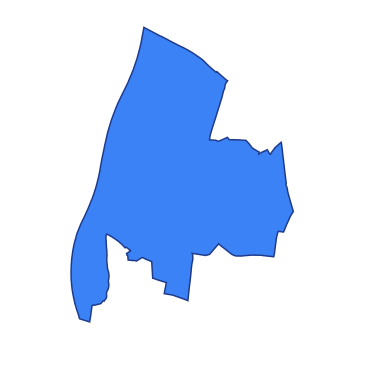 the district of Druten, Gelderland, Netherlands, rotated 283°
{"feature_id": "6326949B94625978297128", "entity_name": "Druten", "entity_type": "district", "adm_level": 2, "iso_a3": "NLD", "parent_name": "Netherlands", "parent_adm1": "Gelderland", "projection": "orthographic", "projection_center": [5.596, 51.869], "detail": "fine", "context": "isolated", "style": "filled", "palette": "blue", "viewbox_px": 384, "rotation_deg": 283, "n_neighbors": 0, "source": "geoboundaries", "source_scale": "gbopen_adm2", "svg_char_len": 5697}
<svg xmlns="http://www.w3.org/2000/svg" viewBox="0 0 384 384"><g transform="rotate(283 192 192)"><path d="M341.6,108.1L338.0,108.3L331.9,108.5L326.1,108.8L324.9,108.8L322.5,108.8L317.1,108.7L312.0,108.5L309.5,108.4L306.5,108.1L298.2,107.3L296.0,106.9L293.3,106.5L287.0,105.4L284.3,105.0L276.1,103.1L271.8,102.1L268.5,101.3L265.2,100.6L263.7,100.2L261.3,99.7L259.8,99.5L256.9,99.0L249.9,98.0L244.2,97.3L231.1,96.4L217.9,96.5L213.7,96.6L203.6,96.8L199.0,97.0L192.4,97.4L189.4,97.5L186.5,97.6L181.9,97.5L179.3,97.5L174.7,97.3L170.7,97.0L167.2,96.7L163.1,96.2L160.3,95.7L152.1,94.4L145.2,93.0L135.5,90.8L131.6,90.2L125.2,89.2L124.8,89.2L123.0,89.1L121.4,89.1L116.3,88.9L112.5,88.9L110.2,89.0L109.0,89.0L99.1,89.9L95.2,90.6L93.2,90.9L90.6,91.4L87.0,92.1L79.3,94.0L75.8,95.2L74.0,95.7L71.4,96.7L68.6,97.7L64.5,99.5L62.2,100.5L58.7,102.2L57.3,102.8L53.4,105.0L52.0,105.8L46.6,109.1L43.8,110.6L43.2,111.0L42.4,121.5L48.6,121.1L48.8,121.1L51.2,120.8L53.1,120.7L54.3,120.5L55.2,120.5L58.2,120.2L58.7,120.1L59.0,120.4L59.8,121.7L59.7,122.3L60.0,123.0L61.8,126.4L62.0,127.0L62.4,127.7L62.6,128.0L62.8,128.3L64.8,129.3L65.4,129.7L66.0,130.0L66.0,131.0L66.5,131.1L67.3,131.4L68.8,132.2L69.2,132.3L69.9,132.4L70.2,132.4L71.5,132.2L73.6,131.6L75.1,131.3L75.5,131.4L75.9,131.4L77.7,132.0L78.2,132.1L78.8,132.1L79.5,132.2L80.3,132.2L80.6,132.1L81.3,132.1L83.4,131.7L84.1,131.5L84.4,131.4L85.6,130.8L86.0,130.7L86.3,130.6L87.3,130.5L88.4,130.4L89.8,130.3L90.3,130.3L91.5,130.0L93.7,129.3L94.6,129.0L95.4,128.6L96.7,127.8L98.2,127.0L99.3,126.6L100.1,126.3L102.0,125.8L103.3,125.3L106.3,124.3L108.0,123.9L108.8,123.8L109.1,123.7L110.9,123.5L111.5,123.3L113.3,122.8L115.3,122.3L117.4,121.6L118.8,121.1L120.6,120.6L122.0,120.2L124.1,119.6L124.6,119.5L126.1,119.0L127.3,118.6L129.1,118.2L129.7,118.1L130.0,118.1L130.4,118.1L131.0,118.3L131.6,118.3L131.8,118.4L131.6,119.2L131.5,119.7L131.0,121.7L130.6,122.8L130.3,123.9L129.2,127.0L127.7,130.6L127.5,131.1L125.2,135.5L125.0,135.9L123.4,138.1L122.6,139.3L123.3,139.6L123.3,140.1L122.7,142.2L122.5,142.5L121.5,144.5L121.4,144.5L121.0,145.2L120.5,144.5L120.2,144.7L119.1,143.8L118.6,143.4L117.4,142.0L116.8,142.5L116.5,142.6L116.2,142.8L115.9,142.8L115.7,143.0L115.9,143.4L115.7,143.5L115.1,143.8L114.5,144.1L113.8,144.3L111.3,145.1L111.4,145.7L111.6,147.2L111.9,150.0L112.2,150.1L112.3,150.3L112.3,153.5L115.3,156.5L116.0,157.2L116.8,158.0L117.0,158.4L117.0,158.5L117.0,158.8L117.0,159.1L116.7,159.8L116.5,160.5L116.3,161.5L115.9,163.6L115.6,165.1L115.5,166.2L115.1,168.4L114.4,168.6L99.2,173.1L99.2,173.3L99.0,175.6L98.7,177.8L98.6,178.8L98.6,179.3L98.5,179.8L98.5,180.6L98.1,185.7L97.9,186.8L98.0,187.4L86.7,187.8L86.9,190.9L87.2,196.5L86.7,200.8L86.0,207.0L85.4,211.6L85.2,212.4L97.7,210.9L108.0,209.8L113.6,209.1L115.6,208.8L120.4,208.2L121.6,208.1L124.5,208.0L125.7,208.0L126.7,207.9L128.0,207.6L130.8,206.8L131.2,206.6L132.3,206.0L132.3,206.5L132.8,213.4L132.9,215.3L133.1,217.2L133.2,219.3L133.4,220.0L133.9,220.8L135.1,223.0L135.4,223.2L135.5,223.3L144.3,227.9L146.7,229.2L147.4,229.5L146.9,230.6L145.9,232.7L144.3,236.1L143.4,238.0L142.4,240.2L141.3,242.3L140.9,243.4L140.6,243.7L140.5,244.1L140.2,244.9L139.9,246.1L139.8,246.5L139.7,247.2L139.6,248.3L139.6,248.8L139.6,249.3L139.7,249.7L139.7,250.1L139.8,250.5L139.9,251.0L140.0,251.3L140.3,252.6L140.6,254.1L140.8,254.6L141.7,257.5L142.0,258.1L142.3,259.2L143.6,263.2L143.7,263.7L143.8,263.9L144.2,265.5L144.9,268.9L145.3,270.6L145.8,272.8L145.9,273.8L146.4,278.5L147.3,286.2L148.1,286.2L148.6,286.1L150.3,286.2L152.9,285.9L155.5,285.6L156.7,285.5L166.4,284.6L169.3,284.6L171.4,284.7L173.1,284.8L173.2,286.5L173.6,290.2L175.5,290.6L181.6,291.5L182.0,291.6L188.6,293.0L188.8,293.0L188.9,292.9L189.0,292.9L191.6,293.7L195.4,294.9L195.5,294.9L195.6,295.1L197.8,294.0L203.1,291.0L209.7,287.4L212.5,285.9L213.8,285.2L214.3,285.0L214.7,284.9L215.2,284.7L217.0,283.9L217.5,283.7L217.8,283.5L218.9,282.7L219.6,282.2L220.2,282.0L220.7,281.8L221.5,281.9L233.3,277.6L243.2,274.1L248.7,272.1L253.4,270.5L256.5,269.3L259.1,268.4L260.5,267.7L256.6,264.8L255.1,263.8L254.0,263.0L253.7,262.8L253.4,262.7L252.6,262.5L248.3,260.5L248.0,260.4L247.7,260.3L246.3,259.9L246.3,259.7L246.6,259.3L247.1,258.7L247.6,258.2L250.1,255.8L248.9,254.4L247.9,253.2L248.0,253.1L247.1,252.0L246.3,250.9L244.9,249.5L243.9,248.5L246.2,248.3L246.4,246.9L246.5,246.5L246.8,245.9L247.7,243.1L248.2,241.7L248.3,241.3L248.5,240.8L248.8,240.4L251.7,237.0L251.9,236.7L252.0,236.6L253.2,234.8L254.5,232.9L254.0,230.5L253.5,227.1L253.0,224.3L252.6,222.3L252.4,221.0L252.3,220.9L252.2,220.6L252.1,219.8L251.9,219.1L251.6,217.9L251.4,216.9L251.4,216.7L251.5,216.6L252.1,215.6L253.0,214.4L253.2,214.1L251.5,212.0L250.6,210.8L247.7,206.8L247.6,206.6L247.5,206.4L247.4,205.8L247.6,204.5L247.7,203.7L247.7,203.1L247.3,200.7L246.8,197.3L250.8,197.0L252.1,197.0L252.7,197.0L257.6,197.3L263.8,197.8L264.0,197.8L268.2,198.2L273.9,198.6L279.2,199.0L289.6,199.8L290.3,199.9L290.7,199.9L293.6,199.9L295.2,199.9L296.9,200.0L297.4,200.0L298.6,200.1L298.9,200.2L299.7,200.4L300.4,200.5L303.2,200.2L303.5,200.2L303.9,200.2L304.6,200.3L305.8,200.6L306.5,200.9L307.2,201.2L308.4,201.7L308.8,200.6L309.0,200.1L309.3,199.3L310.6,197.1L311.5,195.3L314.3,190.2L314.9,189.1L314.8,188.9L314.1,188.7L314.5,187.8L317.1,182.7L318.0,181.0L318.9,179.5L320.2,177.3L322.5,173.7L322.8,173.3L323.3,172.2L323.8,171.2L324.5,169.4L324.8,168.8L325.2,167.7L325.5,166.9L326.7,163.9L327.8,161.1L328.5,158.8L328.6,158.6L328.6,158.4L328.8,158.1L328.8,157.9L329.7,154.9L329.9,154.0L331.1,149.6L331.0,149.4L332.5,143.3L334.2,136.7L335.1,133.4L335.9,130.4L336.4,128.2L336.8,127.1L336.8,126.9L336.7,126.6L337.4,123.9L339.3,116.7L341.6,108.1Z" fill="#3b82f6" stroke="#1e3a8a" stroke-width="1.5"/></g></svg>